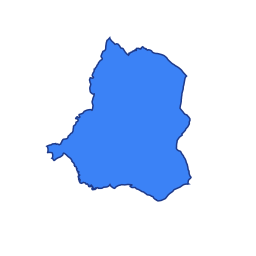 the district of Ghinda, Semenawi Keyih Bahri, Eritrea, rotated 51°
{"feature_id": "51966322B62460220695026", "entity_name": "Ghinda", "entity_type": "district", "adm_level": 2, "iso_a3": "ERI", "parent_name": "Eritrea", "parent_adm1": "Semenawi Keyih Bahri", "projection": "orthographic", "projection_center": [39.133, 15.477], "detail": "fine", "context": "isolated", "style": "filled", "palette": "blue", "viewbox_px": 256, "rotation_deg": 51, "n_neighbors": 0, "source": "geoboundaries", "source_scale": "gbopen_adm2", "svg_char_len": 5755}
<svg xmlns="http://www.w3.org/2000/svg" viewBox="0 0 256 256"><g transform="rotate(51 128 128)"><path d="M53.7,101.2L55.2,103.8L56.1,104.1L57.7,104.2L58.3,104.8L58.4,105.5L58.1,106.8L58.2,107.5L58.4,108.2L58.7,109.8L59.3,110.6L59.8,112.7L60.5,113.7L60.8,115.5L61.4,116.7L61.0,117.2L62.3,118.4L62.8,119.0L63.1,120.2L64.3,122.4L64.8,122.8L65.8,123.0L66.5,122.8L67.1,123.1L67.1,123.9L66.7,124.5L65.2,125.7L66.4,127.7L67.7,128.2L68.9,128.9L69.8,129.0L70.6,129.4L71.7,130.8L72.4,132.0L73.5,133.0L76.1,134.5L76.8,134.6L78.7,134.3L79.4,134.0L79.9,133.6L80.2,132.9L80.7,133.2L81.5,134.2L82.9,136.6L83.9,137.8L84.8,139.2L85.8,139.9L88.5,141.0L90.2,142.8L91.5,144.5L91.5,144.9L90.6,145.2L89.8,145.9L88.6,148.0L88.1,149.2L87.5,151.6L88.0,153.2L88.0,154.3L86.8,157.5L87.1,157.9L87.5,158.1L89.0,158.4L89.2,158.6L89.3,158.9L89.3,159.3L89.0,159.8L88.3,160.1L87.5,160.2L87.3,160.5L87.2,160.9L87.5,162.4L87.7,162.7L87.9,162.7L89.0,161.7L89.6,161.6L90.3,161.6L90.6,161.8L91.1,162.8L91.1,163.4L90.8,164.7L91.2,165.2L91.8,165.7L92.3,166.9L92.2,168.5L92.3,169.2L93.9,170.7L94.2,171.2L95.5,172.3L96.0,173.1L96.5,174.3L96.3,176.1L96.7,177.6L96.7,179.5L97.1,180.2L97.6,180.5L97.9,181.9L97.5,183.0L96.2,185.1L96.1,185.5L96.1,186.1L96.5,186.9L96.5,187.4L97.3,188.7L97.5,189.5L98.1,190.5L97.8,191.3L97.8,191.8L97.6,192.1L96.2,192.7L95.5,194.0L94.6,193.9L94.1,194.9L93.0,196.5L92.8,196.8L92.8,198.1L91.8,200.0L91.8,200.4L91.5,200.9L91.1,202.6L91.6,202.5L92.6,202.7L93.9,203.3L95.7,204.8L96.4,205.9L96.6,205.9L97.1,204.9L98.6,203.3L99.2,202.8L99.7,202.6L100.3,202.8L101.5,203.4L102.8,204.5L103.6,205.5L103.6,206.2L104.7,205.8L106.0,206.0L106.7,205.9L106.9,205.3L106.8,203.6L106.9,202.5L107.2,200.8L107.9,198.9L108.0,196.1L107.9,195.6L107.0,194.3L107.0,193.9L107.6,193.4L110.0,192.8L112.3,192.6L114.7,192.0L115.1,191.8L115.6,191.9L116.3,191.7L117.0,192.0L117.9,191.9L118.7,192.6L119.2,192.4L120.1,192.4L121.2,192.2L122.0,192.5L122.6,192.5L122.9,192.8L123.1,193.2L123.9,193.3L124.3,193.5L124.5,193.4L125.0,192.8L125.5,192.8L126.4,193.1L126.7,193.4L127.0,193.4L127.2,193.2L127.5,193.2L127.8,193.9L128.1,194.1L129.0,194.3L129.4,194.2L130.3,194.8L130.7,193.9L131.1,193.8L131.4,194.1L132.0,195.1L132.3,195.4L133.2,195.5L133.9,195.1L134.3,195.3L134.4,195.7L134.1,196.5L134.5,196.6L134.7,196.8L134.6,197.4L135.1,197.5L136.0,197.9L136.5,197.5L136.7,197.9L136.6,198.5L137.0,198.7L137.8,197.9L138.0,197.9L138.0,198.3L137.7,198.6L137.9,198.9L138.7,198.6L138.9,199.4L139.0,199.5L139.6,199.3L140.2,199.7L140.5,199.7L140.8,199.6L141.1,199.3L141.8,198.8L142.1,197.4L142.1,197.0L142.7,196.6L143.3,196.1L144.0,195.7L145.2,195.9L145.7,195.3L146.0,194.7L147.7,194.9L148.7,195.3L148.9,195.2L149.2,194.8L149.7,194.6L149.8,194.4L149.1,193.6L149.9,193.6L150.1,193.4L149.7,192.8L149.6,192.5L150.3,192.6L151.0,192.4L151.5,192.7L151.9,192.6L152.2,192.9L152.0,193.7L152.3,194.1L152.8,194.4L153.2,193.7L153.7,194.2L154.1,193.7L154.5,193.1L154.3,192.8L153.8,192.8L153.6,192.8L153.6,192.5L153.9,192.3L154.7,192.3L155.0,192.1L154.8,191.5L154.4,191.0L155.0,190.8L154.8,190.1L154.9,189.5L155.4,189.0L156.2,189.0L158.0,186.8L158.5,185.8L158.7,184.2L160.2,182.0L160.6,181.2L160.8,180.6L161.0,179.3L160.6,177.6L161.7,177.8L162.7,177.9L165.2,177.2L166.3,176.6L166.5,176.0L166.2,174.4L166.6,172.0L166.8,171.3L167.6,169.7L167.8,168.9L169.1,167.4L170.1,166.4L171.8,163.6L174.5,160.8L174.8,161.0L174.5,162.5L174.5,162.9L174.7,163.1L176.4,162.6L177.1,162.0L178.5,160.2L178.9,159.8L180.7,159.7L181.3,159.2L182.9,158.3L186.3,157.1L187.5,156.1L188.4,156.0L190.0,155.5L192.0,155.1L193.3,153.9L194.2,153.2L194.7,153.0L195.8,152.7L197.1,151.8L198.6,152.1L200.4,151.8L201.3,151.5L201.6,151.1L202.1,151.2L203.2,150.8L203.8,150.2L205.2,147.8L205.6,146.3L206.3,143.7L206.3,143.0L205.3,138.7L205.2,136.7L205.4,133.6L205.4,132.9L205.0,131.7L205.0,130.7L206.7,124.6L206.8,122.4L207.0,120.4L208.0,118.3L209.1,117.0L209.6,116.1L209.1,116.3L208.4,115.9L207.0,114.4L206.7,113.9L206.4,112.7L206.4,111.2L206.1,110.2L205.9,110.0L204.5,110.0L203.2,109.7L201.6,109.0L200.6,108.2L199.7,107.7L198.3,107.5L195.8,106.0L194.6,105.5L194.1,105.1L191.5,104.4L189.5,103.5L187.5,103.0L185.5,102.9L185.0,102.6L184.4,102.5L181.7,102.4L179.4,101.9L178.8,102.1L177.6,102.9L176.2,103.4L174.9,103.4L174.1,103.1L173.4,102.3L171.9,101.1L170.5,99.7L169.7,98.6L168.9,98.0L168.5,97.2L167.5,93.9L167.6,90.3L166.5,89.9L166.3,87.6L166.0,86.1L166.0,85.6L165.8,84.8L165.2,83.8L165.0,83.2L164.7,80.9L163.6,78.2L163.3,77.7L162.0,76.7L161.6,76.2L161.2,75.2L159.8,74.1L157.7,73.9L156.8,74.0L155.0,74.0L152.9,75.2L151.0,75.2L149.9,75.1L147.5,75.2L145.8,75.2L145.3,75.1L143.3,72.9L142.5,71.8L140.7,69.8L139.3,68.6L138.6,67.8L137.5,66.8L136.2,65.3L135.3,64.6L132.5,60.7L130.4,58.7L129.7,57.6L125.3,52.5L124.6,51.1L124.5,49.8L119.4,50.1L116.7,50.0L115.3,50.2L112.8,50.7L112.1,51.0L110.4,51.5L109.9,51.9L107.6,52.4L106.2,53.0L104.9,53.3L100.6,53.9L99.3,53.9L97.7,53.7L95.3,54.2L94.2,54.5L92.2,55.6L89.6,57.5L88.8,58.1L87.1,59.9L85.7,60.8L84.6,61.3L83.1,61.2L82.6,61.3L81.6,61.7L80.3,62.6L79.9,63.2L79.9,63.7L79.6,63.9L78.8,64.1L78.1,64.5L77.7,64.1L76.8,64.8L75.9,65.3L75.1,65.2L74.1,65.5L74.0,66.7L74.5,67.6L74.6,68.3L74.5,68.6L74.3,68.8L73.8,68.7L73.7,69.2L73.5,69.4L72.7,69.7L72.5,70.1L72.0,70.6L71.5,71.3L71.6,71.7L72.9,72.7L72.8,72.9L72.3,73.1L71.8,73.2L71.7,73.9L72.1,74.3L71.6,74.9L71.6,75.8L71.2,76.2L71.4,76.6L71.3,77.0L71.4,77.5L70.8,78.5L70.8,78.9L71.1,79.3L71.1,79.6L70.9,79.9L70.5,80.1L70.5,80.3L71.3,80.6L71.3,81.4L71.7,81.7L71.7,81.9L70.8,81.9L69.9,82.3L67.2,82.4L63.2,81.9L62.7,82.1L61.6,83.1L60.8,83.2L59.0,82.9L56.8,82.9L55.5,83.7L54.8,85.4L52.9,85.5L49.8,86.0L47.1,85.8L46.4,85.4L46.8,88.1L46.7,89.2L47.1,89.7L48.1,91.2L50.4,93.7L52.6,95.7L52.9,96.3L53.2,97.6L52.7,98.9L52.8,99.6L53.4,100.4L53.7,101.2Z" fill="#3b82f6" stroke="#1e3a8a" stroke-width="1.5"/></g></svg>